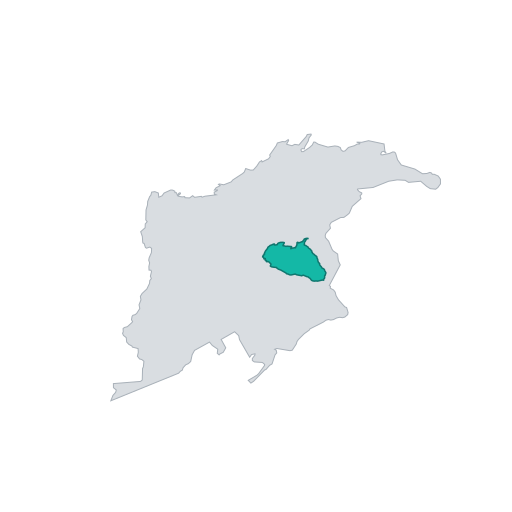 Casanare on a map of Colombia (Equal Earth projection), rotated 60°
{"feature_id": "COL-1422", "entity_name": "Casanare", "entity_type": "Intendancy", "adm_level": 1, "iso_a3": "COL", "parent_name": "Colombia", "parent_adm1": "", "projection": "equal_earth", "projection_center": [-71.807, 5.325], "detail": "fine", "context": "in_parent", "style": "filled", "palette": "teal", "viewbox_px": 512, "rotation_deg": 60, "n_neighbors": 0, "source": "natural_earth", "source_scale": "10m", "svg_char_len": 7172}
<svg xmlns="http://www.w3.org/2000/svg" viewBox="0 0 512 512"><g transform="rotate(60 256 256)"><path d="M284.8,71.4L281.0,73.4L273.6,76.0L268.5,87.1L265.0,89.0L260.7,95.6L257.6,103.7L255.2,120.3L248.8,134.4L249.3,135.0L251.9,134.4L254.2,132.9L255.1,133.3L255.9,135.8L258.8,136.4L261.1,147.8L265.5,153.7L266.0,155.9L266.5,160.6L265.0,163.5L264.5,174.0L265.9,176.6L269.2,177.7L271.3,184.1L272.7,185.7L274.7,186.7L279.5,185.7L288.2,186.8L290.2,186.6L295.1,184.3L301.3,187.1L305.8,187.5L318.2,207.3L319.5,206.7L321.0,207.8L324.2,205.8L326.9,205.5L330.4,206.5L335.1,206.5L344.5,204.5L345.9,203.3L351.0,204.5L352.6,205.9L353.3,209.6L352.7,211.9L350.9,214.2L350.0,217.1L349.8,220.7L348.9,223.3L347.2,225.1L346.6,227.6L346.9,230.8L346.1,245.7L346.8,247.0L347.4,253.1L349.5,261.0L350.6,263.3L352.4,265.2L355.7,271.7L355.0,273.9L346.5,284.2L346.1,286.5L347.7,285.6L350.3,286.5L351.2,289.0L357.5,296.1L357.5,298.9L359.3,304.2L359.0,305.4L363.3,320.7L363.5,324.0L359.8,324.9L359.7,314.6L359.2,312.5L355.1,303.4L354.2,302.7L351.4,303.7L346.9,310.4L344.7,311.4L343.0,310.5L341.3,306.5L340.2,305.8L339.1,309.1L340.5,312.1L320.2,312.1L316.3,310.8L310.9,312.4L310.8,327.9L320.4,328.1L323.0,332.5L322.8,336.1L323.2,337.4L320.9,338.2L317.6,335.7L311.6,338.6L307.3,339.3L307.0,356.4L309.6,360.7L314.7,365.3L315.4,368.4L315.1,371.3L316.3,375.0L318.0,376.9L318.0,379.2L318.8,381.6L308.8,454.1L305.2,449.6L303.9,445.7L302.2,444.0L298.8,445.3L295.2,443.3L306.9,418.7L306.5,416.5L296.7,410.5L295.7,409.0L291.1,405.7L288.5,406.7L287.0,408.3L283.5,408.8L280.6,406.1L277.2,404.4L273.1,408.6L271.9,408.5L269.0,410.3L265.8,411.0L261.8,409.2L258.5,410.5L256.2,410.2L255.3,408.9L252.4,407.4L252.1,405.8L252.9,402.7L251.6,396.8L251.2,395.7L248.9,395.7L246.3,393.5L245.8,392.2L246.4,389.8L245.9,387.7L243.4,382.9L239.8,381.7L236.5,377.6L233.1,376.3L231.5,373.4L230.0,367.0L226.5,361.9L224.1,360.2L223.2,357.9L220.7,357.6L217.3,354.3L215.8,354.1L214.7,355.7L211.5,354.0L208.8,351.6L206.0,351.0L204.2,349.5L200.8,344.9L197.2,342.6L195.2,343.5L194.5,346.9L193.3,347.5L189.1,346.6L188.4,347.4L187.4,347.2L182.3,344.7L177.3,343.7L176.1,337.9L172.9,335.9L171.9,333.1L169.7,333.4L161.1,328.2L157.6,324.5L154.6,322.5L151.4,318.4L150.9,316.8L148.5,314.4L149.7,311.4L152.6,309.1L156.5,310.8L156.9,307.3L155.5,304.1L156.2,296.9L157.2,295.3L159.3,293.9L160.6,294.5L161.4,293.3L164.6,293.8L165.5,293.3L167.9,290.4L168.9,288.1L170.0,288.4L172.5,284.5L172.1,280.7L174.5,279.8L177.0,273.5L178.1,273.3L178.7,270.3L183.1,259.9L181.5,261.1L179.8,260.3L180.0,256.8L179.5,256.4L178.1,259.1L176.9,256.4L177.2,251.9L175.2,252.7L175.3,251.7L178.2,248.3L179.4,240.6L178.5,237.8L177.9,226.3L177.4,224.1L175.1,221.2L178.8,217.9L180.2,215.4L178.5,210.3L176.3,206.0L176.2,203.4L177.6,203.7L178.1,196.5L176.9,193.8L175.4,193.7L170.5,183.2L168.8,181.0L170.1,175.9L171.6,173.7L171.3,169.9L172.3,170.0L174.4,173.6L175.2,173.0L178.5,169.7L178.7,166.6L181.3,163.4L177.6,152.6L176.4,150.9L177.9,147.4L178.8,147.6L180.2,151.0L182.5,153.2L185.9,159.2L187.4,160.6L186.3,161.9L186.1,163.3L186.6,164.1L188.5,164.3L189.3,162.7L188.8,155.3L188.0,151.7L186.2,149.1L186.8,148.0L190.3,146.2L197.6,139.3L200.1,132.7L202.0,130.3L204.2,128.8L206.8,129.2L208.9,128.3L209.5,126.3L208.2,121.7L209.7,115.5L209.7,112.4L210.7,110.5L210.3,109.7L207.7,111.9L210.4,107.6L212.4,100.9L223.0,89.1L229.8,92.0L232.0,91.8L229.1,93.2L228.7,94.9L229.7,96.7L230.7,97.2L231.6,96.1L233.9,89.2L234.3,85.4L235.3,84.1L236.7,83.7L243.4,85.3L249.8,84.7L260.2,74.9L268.0,70.7L270.0,66.7L270.5,63.7L271.9,62.5L273.4,62.5L274.3,60.8L277.9,58.2L281.7,57.9L285.8,60.2L287.6,64.2L288.0,67.0L284.8,71.4ZM164.7,292.5L164.2,293.1L163.3,292.1L163.0,290.9L163.5,290.0L164.3,290.3L164.7,292.5Z" fill="#d9dde1" stroke="#a8b0b8" stroke-width="1"/><path d="M267.2,201.9L266.7,202.8L266.6,203.1L266.6,203.4L266.7,204.0L267.1,204.8L267.8,205.8L268.2,206.9L268.5,207.2L268.8,207.5L269.5,207.9L270.1,208.4L270.5,208.6L270.8,208.6L271.8,207.6L272.8,207.3L273.8,206.6L274.1,206.5L274.5,206.5L274.8,206.6L275.4,206.5L277.3,205.6L277.7,205.5L279.1,205.4L279.5,205.3L279.7,205.2L279.9,205.3L280.4,205.6L280.6,205.7L281.2,205.5L281.5,205.5L281.9,205.6L282.3,205.5L283.0,205.2L283.3,205.0L283.5,204.9L283.9,204.8L284.4,204.8L285.1,204.4L285.5,204.1L285.9,204.0L286.2,204.0L286.5,204.0L286.8,203.7L287.4,203.8L288.0,204.1L288.4,204.2L289.3,204.2L289.9,204.3L291.2,204.9L292.9,205.1L293.1,205.1L293.5,204.9L293.8,204.7L294.2,204.7L294.5,204.7L295.2,205.2L295.3,205.2L296.3,205.2L297.6,204.9L298.5,204.8L299.2,204.9L299.6,204.7L300.3,204.2L301.5,203.6L302.0,203.6L302.3,203.6L302.9,203.8L303.2,203.9L303.6,203.9L304.1,203.8L304.8,203.8L305.2,203.8L305.5,203.9L306.0,204.3L306.4,204.8L306.5,205.0L307.1,205.4L307.2,205.6L307.3,205.8L307.3,206.1L307.4,206.4L307.7,206.6L308.8,207.2L309.2,207.5L309.6,207.9L309.7,208.1L309.8,208.4L309.8,208.8L310.1,209.2L310.7,209.6L310.3,210.1L309.9,210.9L308.7,214.8L308.4,215.5L307.6,216.5L307.5,216.8L306.9,218.1L306.5,218.6L306.0,219.2L305.4,219.7L304.9,220.0L304.1,220.2L302.7,220.3L302.1,220.5L301.0,221.1L300.6,221.1L300.2,221.3L299.1,222.5L297.9,223.3L297.5,223.7L297.2,223.9L296.5,224.4L296.2,224.7L296.1,225.2L296.0,226.3L295.9,226.5L295.6,226.7L292.5,230.3L292.2,230.5L291.5,230.8L291.2,231.2L290.0,235.0L289.6,235.7L289.4,235.9L288.9,236.5L288.7,236.6L288.2,236.9L287.7,237.3L286.8,238.2L286.7,238.4L285.6,238.6L280.5,241.6L279.1,242.8L278.4,243.3L276.8,244.0L276.6,244.0L276.4,244.0L276.2,244.0L274.6,246.2L273.3,247.8L272.6,248.3L271.9,248.6L271.6,248.4L271.4,248.1L271.2,247.7L270.6,247.2L270.4,247.1L270.2,247.1L267.3,247.9L267.1,248.0L266.3,249.6L265.9,249.8L265.5,249.7L265.2,249.3L264.3,250.0L263.9,250.1L263.7,249.8L263.6,249.6L263.4,249.5L263.1,249.4L262.9,249.3L262.8,249.5L262.4,250.4L262.3,250.5L262.2,250.4L262.1,250.2L261.9,250.2L261.9,250.3L261.7,250.3L261.0,250.2L260.8,250.2L260.7,250.2L260.4,250.6L260.1,250.7L259.6,250.3L259.5,249.7L259.4,249.4L259.2,249.4L259.1,249.5L259.0,249.4L259.0,249.2L258.9,248.8L258.9,248.6L258.8,248.4L258.5,247.9L258.5,247.6L258.4,247.6L258.0,247.6L256.4,245.3L255.2,242.3L254.4,241.3L254.3,241.0L254.2,240.3L254.3,239.9L253.9,238.5L254.0,238.0L254.3,237.0L254.3,235.9L254.6,234.3L254.7,234.2L255.0,234.1L255.6,234.5L256.0,233.9L256.3,233.5L256.4,233.2L256.5,232.7L256.8,232.0L256.7,231.7L256.2,231.2L256.1,230.8L256.0,230.5L256.0,230.2L256.1,229.6L256.1,229.4L256.3,229.1L256.3,228.3L256.4,228.1L257.4,226.2L257.7,225.8L257.9,225.5L258.1,225.3L258.5,224.9L258.9,225.1L259.0,225.3L259.5,226.1L259.8,226.5L260.3,227.3L260.6,227.4L261.7,226.1L262.4,225.6L262.7,225.1L263.0,224.2L265.0,221.4L265.4,220.7L265.6,220.6L265.8,220.6L266.0,220.9L266.2,221.3L266.3,221.5L266.7,221.9L266.9,222.1L267.1,222.1L267.4,220.3L267.5,220.1L267.6,219.8L267.8,219.6L267.9,219.3L268.0,219.0L268.0,218.5L268.1,218.3L268.2,218.1L268.4,218.0L268.6,217.7L268.2,217.3L267.8,216.5L267.5,216.1L267.3,215.6L266.6,214.9L264.9,213.7L264.9,213.2L265.0,213.0L265.2,212.8L265.5,212.7L265.9,212.6L266.0,212.4L266.4,210.6L266.5,209.4L266.8,208.8L266.8,208.3L266.3,207.6L266.2,207.3L266.1,207.0L266.0,206.7L265.9,206.1L265.5,205.8L265.5,205.6L265.5,205.4L265.8,203.8L266.6,202.3L267.2,201.9Z" fill="#14b8a6" stroke="#0f766e" stroke-width="1.5"/></g></svg>